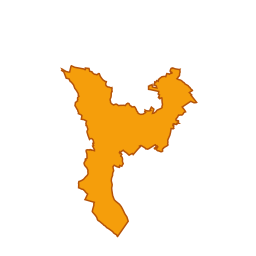 Apahida, Cluj, Romania, rotated 237°
{"feature_id": "2599482B3126144168162", "entity_name": "Apahida", "entity_type": "district", "adm_level": 2, "iso_a3": "ROU", "parent_name": "Romania", "parent_adm1": "Cluj", "projection": "equal_earth", "projection_center": [23.734, 46.787], "detail": "fine", "context": "isolated", "style": "filled", "palette": "amber", "viewbox_px": 256, "rotation_deg": 237, "n_neighbors": 0, "source": "geoboundaries", "source_scale": "gbopen_adm2", "svg_char_len": 5894}
<svg xmlns="http://www.w3.org/2000/svg" viewBox="0 0 256 256"><g transform="rotate(237 128 128)"><path d="M212.4,103.7L210.0,104.7L203.4,103.3L202.3,104.4L201.1,105.3L200.7,105.3L200.0,105.0L198.4,104.9L198.2,105.2L196.0,105.6L193.9,105.8L190.3,105.0L187.4,105.2L183.8,105.0L182.5,104.1L181.4,104.2L180.9,102.3L180.3,101.8L179.1,101.4L179.0,100.8L178.1,100.3L178.2,99.6L178.0,98.8L178.1,97.9L175.6,95.7L174.0,95.7L171.6,95.5L170.5,95.6L169.3,95.1L167.7,94.9L167.1,94.2L164.9,95.7L164.3,95.9L163.4,96.0L160.8,93.6L159.0,95.6L156.4,97.0L154.8,95.2L153.7,94.8L153.3,94.3L152.8,94.2L152.6,94.5L152.2,94.7L150.5,94.1L149.0,93.8L148.4,93.2L148.1,92.5L147.2,91.5L143.9,90.5L139.4,89.5L139.6,90.4L139.4,91.0L139.1,91.5L138.4,92.0L136.9,92.2L134.0,91.1L134.3,90.3L133.7,90.2L133.7,89.8L132.0,89.6L132.2,88.5L128.1,88.1L127.2,87.5L129.8,85.2L129.5,85.1L130.6,84.2L130.5,83.7L131.0,83.3L131.6,82.2L132.0,81.9L132.1,80.8L131.1,80.1L128.5,79.4L126.3,78.0L125.1,77.4L125.1,75.2L124.1,75.3L123.9,74.2L123.3,73.5L123.0,72.6L122.3,71.9L120.8,71.4L118.9,71.4L117.2,71.8L114.4,71.4L113.0,70.4L111.5,69.7L110.5,68.1L110.1,66.0L109.2,62.9L109.2,61.1L109.4,59.6L109.5,58.9L109.9,57.7L108.6,56.4L107.6,56.0L104.8,54.0L104.1,54.6L102.3,55.6L100.6,57.1L99.9,57.1L98.9,57.5L98.1,57.4L96.7,57.6L94.6,58.2L91.8,53.7L91.4,52.9L84.0,59.3L83.3,58.2L81.8,57.3L79.2,54.3L77.5,52.6L76.9,52.5L72.1,53.1L70.2,53.1L68.7,52.8L68.1,52.5L67.1,52.5L66.3,52.7L65.5,53.2L61.9,54.3L61.1,54.6L59.7,54.8L58.4,55.5L55.8,56.0L54.8,56.6L52.2,57.7L49.4,58.7L47.8,58.8L45.4,59.8L44.8,60.3L43.2,60.0L42.7,60.2L49.7,77.4L53.9,78.6L57.8,78.6L63.0,79.3L65.6,79.5L68.6,79.3L73.3,77.8L75.3,77.4L79.6,78.3L84.5,80.5L86.6,81.6L88.1,83.1L89.3,84.0L92.8,85.2L94.7,86.7L95.4,87.5L96.6,89.2L97.9,90.1L99.0,91.1L99.4,91.9L100.0,92.7L102.8,93.8L103.9,94.5L104.0,95.1L104.3,96.1L101.1,97.9L100.8,98.5L100.0,98.9L99.7,99.3L100.4,99.9L100.2,100.1L101.0,100.7L99.3,102.0L100.0,103.1L100.4,104.1L100.9,104.7L101.6,104.7L103.2,105.2L104.9,106.5L106.2,107.0L107.1,107.1L108.4,106.6L108.6,106.9L109.3,108.5L111.0,108.3L111.8,107.3L112.2,107.5L112.4,108.0L112.0,107.9L112.1,108.0L111.8,108.1L112.0,111.9L110.4,112.2L108.1,113.2L104.6,114.1L104.6,115.0L104.3,117.6L104.0,117.6L103.9,118.0L102.9,117.9L104.9,124.8L105.5,127.5L106.6,127.8L106.5,128.2L106.4,128.5L105.9,128.6L106.3,129.3L106.2,129.4L102.2,131.4L100.7,131.6L100.4,132.2L99.5,133.0L99.3,134.6L99.2,141.0L99.0,141.8L97.4,141.7L97.4,142.6L95.9,142.7L95.8,142.0L95.4,141.4L96.7,140.6L96.4,140.2L96.7,139.8L96.7,139.1L96.1,139.1L96.2,139.5L95.9,139.7L92.9,140.4L92.5,140.9L90.1,142.7L89.7,143.7L89.9,144.1L89.8,144.5L91.2,145.2L91.7,146.0L91.6,146.7L92.0,147.3L91.8,150.9L92.0,152.3L93.4,152.8L94.3,153.7L96.2,154.7L99.2,159.2L101.2,161.3L104.1,163.9L102.7,165.4L102.8,166.1L103.0,166.0L103.2,166.3L103.5,166.3L104.1,166.8L104.2,167.1L104.8,167.1L105.2,167.6L105.7,167.1L106.3,167.6L106.4,167.9L106.7,168.1L106.4,168.5L106.6,168.6L106.6,168.9L106.1,169.3L105.9,169.2L104.6,170.4L104.8,171.0L105.2,171.2L105.3,171.5L105.2,171.7L105.0,171.4L104.7,171.4L104.6,171.7L104.9,172.2L104.9,172.5L104.4,173.2L104.7,173.1L106.2,173.5L106.0,173.9L106.5,174.2L107.0,173.9L107.8,173.0L107.9,172.6L108.2,172.7L108.5,172.6L109.4,173.1L110.2,175.6L111.3,177.4L110.8,178.0L110.4,179.0L109.7,180.0L109.5,180.5L109.7,181.6L110.5,183.3L110.5,183.9L110.2,185.1L111.7,185.2L116.1,184.9L116.2,195.2L113.2,197.1L112.2,198.9L112.1,199.5L121.0,198.7L121.1,199.4L124.3,198.7L124.4,200.6L124.3,202.4L125.3,202.5L126.3,202.0L127.2,201.9L128.1,202.0L129.7,201.5L130.6,201.5L131.9,200.9L133.7,199.9L135.6,199.7L136.2,199.3L138.1,198.8L139.5,198.2L141.4,196.5L142.7,195.9L143.0,197.2L143.6,198.2L143.7,199.2L144.3,200.1L145.6,200.9L146.5,202.1L148.7,203.2L148.9,203.5L149.1,203.0L149.6,202.3L152.0,199.7L153.8,198.4L153.7,198.2L154.1,198.0L154.3,197.5L154.1,197.4L154.4,197.0L154.5,196.6L154.0,195.7L152.8,194.3L151.9,194.3L151.2,194.9L150.9,194.7L150.6,195.0L150.4,194.8L150.4,194.6L150.1,194.5L150.7,193.2L150.5,192.0L151.6,191.3L152.5,190.2L150.5,187.6L151.1,187.2L151.6,186.4L152.5,184.4L152.3,181.2L151.9,180.4L152.1,180.0L150.7,178.8L152.1,177.9L151.2,175.9L151.9,175.5L151.5,175.3L151.2,174.7L149.9,173.1L148.8,174.3L148.0,174.6L145.9,174.0L149.0,170.8L151.3,171.8L151.3,170.9L151.8,169.9L151.6,168.9L151.9,168.0L149.2,166.3L147.9,167.8L141.9,173.7L140.6,172.6L140.1,171.8L139.0,172.2L138.7,172.5L138.5,172.4L137.0,170.1L136.3,170.3L136.7,170.4L136.6,170.9L136.0,170.7L135.5,170.8L135.3,171.2L135.3,171.6L134.9,172.7L134.0,172.4L132.4,171.4L130.5,170.4L129.2,169.9L128.4,169.3L127.7,168.3L126.6,167.7L126.5,167.4L126.5,166.2L127.1,162.2L126.9,161.2L126.4,160.4L126.5,159.3L126.3,158.3L126.4,157.6L126.9,156.5L129.7,160.0L132.8,159.0L131.4,156.6L130.3,156.6L130.7,155.2L131.5,153.9L132.8,152.6L133.7,152.1L133.0,151.8L132.8,151.1L131.4,151.2L131.4,148.2L132.4,146.2L132.7,145.8L133.9,145.0L135.0,144.5L136.0,144.8L137.5,144.6L139.1,145.0L141.2,145.2L142.4,145.0L142.7,144.6L142.6,144.3L143.6,142.7L144.3,142.7L145.5,142.1L146.3,141.9L147.7,142.1L148.1,142.0L148.9,141.3L148.8,140.9L149.0,140.0L148.3,137.9L149.1,137.2L151.2,133.8L151.9,132.3L154.2,131.4L154.5,130.8L154.8,130.5L155.2,128.4L157.4,127.4L159.0,127.3L159.7,127.8L161.4,128.3L162.1,129.0L163.2,130.6L164.8,131.9L166.1,132.7L167.0,133.7L167.6,134.4L167.4,134.6L169.1,135.5L169.9,136.2L170.7,136.5L170.8,136.0L171.4,135.2L172.3,134.7L173.6,133.3L174.9,132.8L175.8,132.7L177.1,133.3L177.7,133.8L178.1,134.4L178.7,135.1L179.1,134.8L179.7,134.1L182.4,133.1L185.3,132.9L186.9,133.0L189.2,133.5L189.8,132.7L189.5,131.6L189.6,130.9L190.4,130.3L191.3,129.1L194.0,128.2L194.8,128.4L196.4,126.8L199.2,127.7L201.5,124.9L200.3,124.1L200.2,124.0L200.3,123.7L201.6,123.1L207.9,116.4L211.0,114.4L210.8,113.8L206.7,109.5L207.5,108.3L209.2,106.8L209.8,106.3L210.5,106.3L211.7,105.4L212.7,105.2L213.3,104.8L212.9,104.8L212.4,103.7Z" fill="#f59e0b" stroke="#b45309" stroke-width="1.5"/></g></svg>